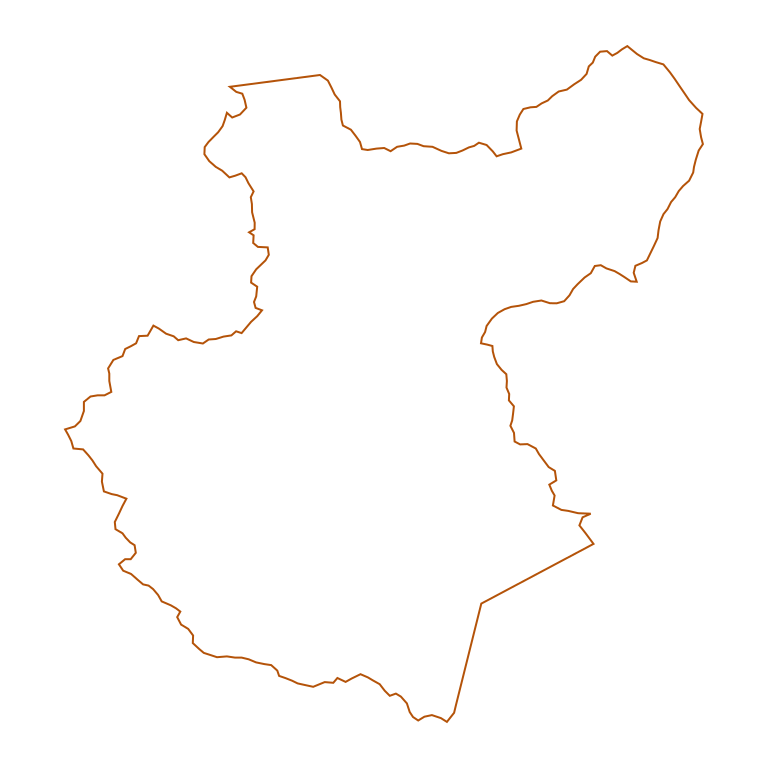 Catunda, Ceará, Brazil (Mercator projection)
{"feature_id": "56859067B3960254179000", "entity_name": "Catunda", "entity_type": "district", "adm_level": 2, "iso_a3": "BRA", "parent_name": "Brazil", "parent_adm1": "Ceará", "projection": "mercator", "projection_center": [-40.173, -4.631], "detail": "fine", "context": "isolated", "style": "outline", "palette": "amber", "viewbox_px": 768, "rotation_deg": 0, "n_neighbors": 0, "source": "geoboundaries", "source_scale": "gbopen_adm2", "svg_char_len": 3957}
<svg xmlns="http://www.w3.org/2000/svg" viewBox="0 0 768 768"><path d="M593.5,543.9L585.4,533.0L579.4,525.4L582.6,517.3L590.7,513.7L578.1,513.2L568.3,510.9L561.4,509.9L552.9,505.5L554.6,495.5L551.8,490.7L549.3,484.6L556.3,480.4L554.9,470.9L548.7,467.1L539.0,454.1L535.8,448.5L527.5,444.1L520.1,444.4L514.6,441.5L514.0,432.9L510.4,425.8L512.2,420.4L513.1,413.4L513.9,406.3L508.9,400.4L509.2,394.0L506.5,387.6L506.9,381.0L506.3,374.2L501.6,369.9L496.9,364.1L494.2,356.9L492.8,351.4L492.4,346.0L487.2,344.6L481.0,343.3L481.9,337.5L485.1,332.0L486.6,326.0L491.9,318.6L497.8,313.0L504.6,309.2L511.2,306.9L518.9,305.8L526.3,304.1L533.1,301.8L541.4,300.5L549.9,303.2L556.7,303.3L564.2,301.2L569.5,295.3L573.1,289.0L577.5,284.3L584.6,277.5L590.8,273.2L594.8,266.0L600.8,265.2L606.4,268.4L614.6,271.1L619.6,274.0L624.3,277.0L630.8,281.4L636.7,281.7L633.7,272.8L635.4,265.8L642.0,263.0L646.9,260.4L649.9,254.2L653.8,246.2L657.6,238.0L658.5,230.4L660.2,221.5L663.5,214.1L667.5,209.1L671.1,202.0L675.2,197.2L678.8,191.0L683.1,186.0L689.1,180.7L693.2,172.5L694.0,166.9L695.8,159.7L698.7,150.5L702.9,144.1L701.1,137.3L699.7,129.0L701.1,121.7L702.5,113.9L696.1,107.9L689.1,100.1L684.9,93.9L679.9,86.6L674.7,78.9L670.0,72.4L663.4,64.4L655.8,62.1L649.7,60.0L643.8,58.3L637.0,54.0L627.3,46.1L621.9,49.4L617.3,52.9L612.3,55.6L607.0,51.1L600.1,51.7L595.2,56.7L592.8,62.6L588.8,66.4L586.6,73.9L581.1,79.8L574.3,84.2L566.9,89.6L558.7,91.5L552.2,96.2L547.8,100.5L541.6,103.4L536.4,106.9L530.5,107.3L523.4,109.0L519.8,114.6L516.9,121.4L516.6,130.5L521.3,148.6L511.2,152.4L502.8,154.2L496.6,156.3L492.8,151.4L486.6,145.0L478.9,142.7L474.2,145.9L468.9,147.4L462.5,150.5L456.3,152.9L448.9,153.3L441.5,150.9L432.5,146.8L423.6,146.2L417.4,143.9L410.1,143.5L404.2,145.6L397.1,146.8L390.6,151.2L384.2,148.0L376.5,148.6L367.7,150.0L362.0,149.1L360.0,142.0L355.8,136.1L350.9,129.7L342.9,125.5L341.4,119.6L340.9,112.8L340.2,107.2L340.0,101.3L334.7,94.5L331.5,87.7L327.9,80.6L320.0,75.0L229.9,86.8L236.3,91.9L242.3,93.7L244.6,99.8L246.4,107.7L240.0,114.5L232.2,117.5L226.9,112.8L224.7,120.2L222.6,126.1L218.2,132.2L213.4,137.0L208.5,142.0L204.7,147.1L204.4,154.2L209.3,161.2L215.8,166.9L222.2,170.7L229.4,177.4L235.2,175.7L241.7,173.3L245.5,177.2L248.5,183.3L253.6,191.4L250.8,197.2L251.9,204.0L252.1,212.3L254.7,222.7L254.6,229.2L249.1,232.3L253.6,235.3L253.2,243.0L257.9,246.9L267.7,247.4L268.8,254.8L265.5,260.4L256.2,269.3L251.5,276.2L251.1,282.6L257.2,286.7L256.2,296.4L254.0,302.0L255.6,307.9L262.0,310.3L257.2,316.2L251.1,321.8L241.6,333.1L236.1,331.3L231.4,335.4L223.5,336.6L215.8,339.0L208.7,339.5L202.9,343.5L193.8,342.0L186.1,338.4L178.2,340.2L173.7,336.3L166.1,333.7L158.9,328.6L153.4,325.6L147.6,335.7L139.0,336.1L136.1,343.3L130.7,346.3L125.2,349.0L122.5,356.1L113.4,359.9L108.1,368.4L109.3,373.6L109.3,381.0L111.3,391.9L104.6,395.3L97.8,395.3L90.5,396.5L83.9,401.9L83.9,411.0L80.4,421.0L74.9,426.4L65.1,429.4L68.1,434.7L71.3,441.1L73.4,448.5L83.1,449.4L88.4,455.3L92.4,460.4L96.1,466.2L102.5,473.7L101.9,481.6L103.9,491.4L111.7,494.1L117.2,495.2L126.4,498.7L122.5,506.0L119.0,513.5L114.8,522.0L115.5,529.2L122.5,533.3L125.7,537.7L130.2,542.4L134.6,545.2L135.8,552.8L130.7,559.2L125.1,559.2L118.9,564.3L123.2,570.7L131.1,574.0L137.8,579.9L143.1,584.4L148.6,585.6L153.1,589.1L158.1,595.0L161.7,601.4L170.8,605.3L176.0,608.3L180.3,611.6L177.2,617.1L181.1,624.6L188.2,628.9L193.1,635.5L192.8,643.1L199.3,649.1L203.8,652.9L209.4,654.7L217.0,657.2L226.9,656.4L235.0,657.6L241.6,657.6L248.7,659.3L256.1,662.4L264.4,664.1L271.2,665.1L277.3,670.6L279.1,675.9L285.5,678.1L292.1,680.7L297.6,683.4L304.4,684.9L313.2,686.8L324.7,682.1L333.3,682.8L337.4,678.0L345.6,681.9L351.7,678.5L360.5,674.2L367.9,677.4L372.9,680.4L379.7,684.2L384.7,690.7L389.8,695.8L395.9,693.6L400.9,696.6L406.9,703.4L409.7,712.0L413.0,717.0L418.2,720.5L424.4,716.7L431.9,715.1L440.9,718.1L446.9,721.9L454.1,712.8L456.0,704.9L458.0,696.9L481.3,603.6L593.5,543.9Z" fill="none" stroke="#b45309" stroke-width="2"/></svg>